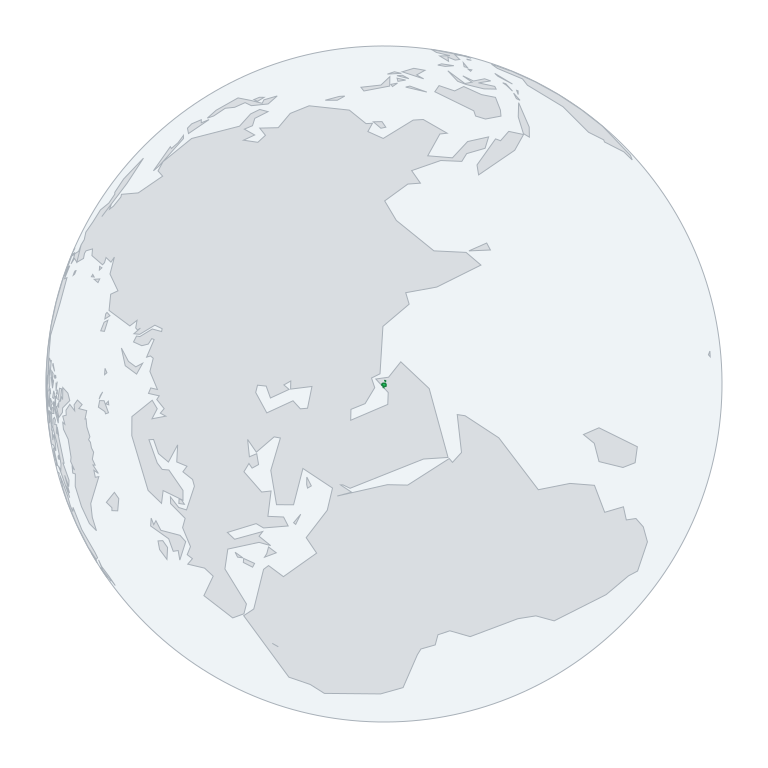 globe centered on Dubay, rotated 274°
{"feature_id": "ARE-350", "entity_name": "Dubay", "entity_type": "Emirate", "adm_level": 1, "iso_a3": "ARE", "parent_name": "United Arab Emirates", "parent_adm1": "", "projection": "orthographic", "projection_center": [55.527, 24.951], "detail": "coarse", "context": "on_globe", "style": "filled", "palette": "green", "viewbox_px": 768, "rotation_deg": 274, "n_neighbors": 0, "source": "natural_earth", "source_scale": "10m", "svg_char_len": 10960}
<svg xmlns="http://www.w3.org/2000/svg" viewBox="0 0 768 768"><g transform="rotate(274 384 384)"><circle cx="384" cy="384" r="338" fill="#eef3f6" stroke="#a8b0b8"/><path d="M489.2,62.9L488.2,62.5L492.9,64.3L488.4,63.1L472.4,58.4L469.2,57.9L478.6,60.8L480.1,62.3L466.7,57.9L467.9,60.3L441.4,55.1L409.4,48.0L391.2,47.7L349.1,48.4L349.5,48.8L333.7,50.7L328.3,52.3L322.1,52.9L323.2,53.8L330.0,53.1L332.7,53.4L330.2,54.6L321.7,55.2L321.8,54.7L317.9,55.6L314.8,55.6L314.9,56.3L305.0,57.5L310.9,58.2L299.8,60.8L294.2,61.3L299.9,58.7L301.1,56.4L324.4,51.4L348.0,48.0L371.7,46.3L395.6,46.3L419.4,47.9L443.0,51.3L466.3,56.3L489.2,62.9ZM246.0,75.5L245.7,75.7L258.2,70.6L259.6,70.4L270.4,67.0L263.1,70.5L250.3,76.2L240.9,79.5L235.0,82.5L239.3,82.4L217.6,92.7L195.7,107.5L190.7,110.4L189.0,109.1L200.5,100.3L200.0,100.6L222.5,87.2L246.0,75.5ZM194.9,103.9L194.0,104.6L185.6,110.5L194.9,103.9ZM176.9,117.0L174.5,118.9L177.0,117.2L171.5,121.5L172.3,120.6L176.9,117.0ZM494.3,64.7L497.3,65.7L498.4,66.3L494.3,64.7ZM273.6,65.4L272.0,66.2L270.8,66.4L273.6,65.4ZM279.8,63.4L279.6,63.1L282.5,62.2L282.6,62.4L279.8,63.4ZM492.7,65.3L493.6,66.4L489.9,64.4L492.7,65.3ZM279.4,64.2L287.7,60.6L292.9,59.2L297.4,58.9L279.4,64.2ZM492.4,66.5L495.0,70.1L501.8,72.2L484.0,69.1L487.7,66.5L482.0,63.4L488.5,65.7L492.4,66.5ZM333.2,52.4L325.9,53.2L334.4,51.6L333.2,52.4ZM338.0,51.4L360.1,47.7L369.6,47.7L360.3,48.6L374.6,48.4L368.3,50.1L359.1,50.6L354.2,50.1L355.6,51.3L338.0,51.4ZM473.7,67.2L472.0,67.7L470.8,66.4L473.7,67.2ZM334.5,53.5L338.1,52.4L346.6,52.3L341.0,54.4L340.0,53.7L334.5,53.5ZM381.3,47.9L386.7,48.5L383.1,49.9L384.7,50.5L369.0,50.2L381.3,47.9ZM336.8,54.3L337.9,55.5L331.5,56.8L331.5,54.6L336.8,54.3ZM351.2,51.5L355.0,51.6L351.1,52.1L351.2,51.5ZM309.6,63.2L313.7,61.4L318.5,61.0L309.6,63.2ZM338.7,55.9L340.9,55.5L343.2,55.3L342.6,56.5L338.7,55.9ZM367.6,51.5L365.0,52.2L373.8,51.6L371.5,53.2L361.5,52.9L364.9,53.7L364.2,54.2L356.7,53.6L367.6,51.5ZM349.1,57.2L335.5,58.3L326.8,61.5L322.2,61.8L337.1,56.7L349.1,57.2ZM354.2,55.0L350.0,56.4L346.5,55.7L347.3,54.4L354.2,55.0ZM373.6,54.5L379.7,52.2L381.7,52.4L373.6,54.5ZM347.2,58.2L350.5,58.0L347.0,58.5L347.2,58.2ZM366.3,55.6L368.2,54.6L370.4,54.9L366.3,55.6ZM355.6,58.6L351.2,58.8L351.5,57.8L355.6,58.6ZM361.0,57.3L363.6,57.9L354.3,57.3L361.5,56.8L361.0,57.3ZM368.0,56.0L370.0,55.8L366.9,56.4L368.0,56.0ZM356.7,62.8L344.9,62.3L345.7,59.8L357.1,60.6L356.7,62.8ZM74.6,402.2L71.2,346.1L79.1,331.4L84.9,309.6L143.1,260.2L150.5,269.8L190.7,276.8L194.8,281.5L184.8,297.1L210.6,328.6L225.3,317.1L254.1,336.2L276.6,339.9L294.1,309.0L257.2,302.2L256.1,285.2L289.9,277.1L322.9,284.4L323.6,278.1L307.1,261.4L319.2,251.8L302.0,254.8L305.6,261.9L294.9,264.5L290.9,258.3L295.3,254.8L286.7,250.4L267.7,269.5L269.4,278.8L243.9,277.4L244.3,293.1L235.7,298.3L232.0,273.9L235.8,266.2L225.0,238.1L218.7,245.8L228.4,273.3L223.4,270.0L214.9,282.2L217.3,270.3L208.4,239.7L188.4,238.2L155.0,262.1L145.0,260.3L140.1,249.4L160.3,219.1L180.4,227.0L187.8,217.9L190.6,200.8L196.4,205.1L200.0,199.6L208.3,202.3L226.7,193.1L236.1,195.0L249.8,179.5L256.5,178.8L246.5,187.8L244.6,195.8L268.8,202.0L275.4,199.7L282.4,189.5L288.2,193.2L291.8,182.7L308.9,182.4L291.1,174.4L298.8,163.9L312.6,158.0L312.0,153.4L289.4,163.3L283.3,168.7L283.2,175.4L263.8,190.9L254.0,191.6L262.3,171.1L249.4,170.4L261.4,156.1L314.9,136.0L333.9,134.8L351.6,153.9L343.5,159.5L333.1,155.0L336.7,168.6L339.3,162.9L344.1,166.4L352.7,158.4L356.5,160.6L358.2,149.7L363.8,151.6L362.7,158.4L380.2,149.6L393.6,152.0L395.7,149.1L394.2,145.3L412.3,151.6L413.1,149.2L407.4,146.1L405.3,139.7L408.5,131.2L414.6,133.8L414.3,137.2L422.7,149.0L420.8,158.5L423.7,158.8L426.7,151.3L416.5,136.8L416.7,131.0L422.8,137.1L420.6,134.4L422.6,132.4L430.3,133.2L424.2,126.4L438.2,104.6L454.5,105.1L458.4,112.1L474.6,103.0L491.8,106.2L486.5,103.1L490.8,97.9L485.5,96.7L483.3,94.9L491.7,83.7L498.4,83.8L496.1,77.5L493.4,76.1L488.3,75.5L484.0,69.1L501.8,72.2L507.0,74.9L514.7,76.0L525.5,82.4L537.9,89.0L545.3,96.9L554.5,102.2L556.5,102.1L570.4,110.0L592.5,128.3L566.2,113.6L531.3,90.8L544.8,99.6L539.2,98.0L542.5,101.7L552.2,108.5L554.9,108.9L557.5,125.5L575.9,148.7L580.8,143.7L590.4,148.1L615.5,175.0L631.1,221.9L644.1,232.1L649.2,240.9L647.6,249.3L640.0,236.6L632.5,234.8L628.5,226.9L623.4,237.6L617.4,226.8L616.3,241.3L623.8,248.4L630.6,242.2L632.3,260.6L647.4,271.6L656.3,289.9L654.8,330.3L642.5,347.9L643.3,354.3L634.7,350.3L628.9,366.1L649.3,394.7L650.6,404.7L638.6,429.5L637.3,422.3L614.7,411.7L614.4,436.5L631.7,450.5L637.8,471.1L626.2,468.4L619.6,450.4L611.5,446.1L610.9,425.0L598.8,396.7L586.9,406.3L585.1,393.8L566.7,371.9L548.0,384.9L520.3,424.5L521.0,456.7L509.4,472.4L484.4,429.9L476.6,399.3L465.4,403.5L441.4,378.9L393.9,379.3L389.1,371.1L379.7,375.0L363.1,366.5L356.4,352.8L345.5,353.3L363.9,389.2L375.8,388.8L388.4,375.5L391.1,388.1L407.3,399.2L382.6,429.4L315.2,453.0L311.9,428.6L277.6,357.4L280.5,350.1L280.5,349.3L280.3,347.7L273.8,359.2L269.0,345.2L283.8,394.4L284.8,414.7L314.2,454.3L310.6,457.8L321.1,466.1L358.6,459.2L358.0,467.1L338.3,502.3L289.3,545.3L297.8,576.5L297.6,601.0L271.4,613.1L278.2,631.4L265.3,635.2L267.4,644.7L259.6,652.6L244.9,657.8L215.1,650.0L209.7,641.3L189.4,620.3L159.6,570.3L163.3,551.7L159.2,533.9L138.0,487.6L142.4,466.9L137.6,455.3L127.3,453.3L122.2,439.3L116.3,436.2L82.5,424.2L74.6,402.2ZM117.5,290.6L114.6,296.7L114.5,296.8L117.5,290.6ZM354.5,309.4L376.5,312.3L372.4,291.2L380.5,290.8L376.1,284.2L372.0,289.7L362.1,271.7L373.7,266.6L374.0,257.9L366.6,256.6L347.0,269.1L360.9,294.4L353.4,302.3L354.5,309.4ZM181.2,113.7L181.1,113.8L177.5,116.6L177.4,116.6L179.3,115.1L181.2,113.7ZM172.8,123.2L164.2,130.0L170.2,124.8L168.3,125.5L178.6,116.4L188.7,111.5L182.3,115.0L172.8,123.2ZM195.2,104.0L187.5,109.6L195.5,103.7L195.2,104.0ZM211.7,169.5L212.3,174.2L205.8,179.5L193.9,179.7L203.2,171.7L211.7,169.5ZM214.6,180.0L226.1,161.1L234.0,161.1L227.6,164.1L231.7,166.0L222.5,171.6L218.8,191.1L212.9,197.2L194.1,192.6L203.5,190.3L202.4,185.4L214.6,180.0ZM241.6,121.2L246.6,115.3L257.1,122.6L251.2,127.4L238.9,127.2L238.7,121.4L241.6,121.2ZM285.8,65.4L287.1,64.3L289.4,63.9L290.3,64.5L285.8,65.4ZM311.1,62.4L282.7,70.4L282.7,69.3L266.1,76.5L259.6,76.7L270.6,71.8L253.2,78.0L260.5,73.7L248.7,78.4L273.9,67.6L279.8,64.7L275.7,67.6L281.4,67.4L285.7,66.4L302.2,61.9L317.7,56.6L325.9,56.3L327.6,57.5L325.1,58.7L320.6,58.4L320.5,60.3L312.1,60.8L311.1,62.4ZM342.4,84.3L338.2,81.3L336.7,89.3L328.2,88.2L328.5,89.2L320.3,90.6L310.9,94.3L307.8,93.2L305.4,95.2L299.9,96.6L295.7,99.1L288.7,98.3L282.9,101.5L282.9,99.3L274.9,105.3L277.7,100.6L270.8,102.5L271.7,106.0L244.3,99.8L230.6,102.3L217.6,107.4L224.2,99.9L240.6,90.8L260.5,83.1L272.7,82.4L273.5,79.7L279.6,78.7L276.5,81.3L284.9,76.8L289.1,76.9L306.9,72.8L316.5,67.4L323.3,66.2L321.6,68.4L329.5,65.8L330.8,69.2L335.7,68.6L341.8,72.0L335.7,77.3L341.6,76.3L346.6,79.3L342.4,84.3ZM358.1,63.8L352.8,69.3L345.5,71.7L337.8,65.1L333.2,65.2L328.0,62.0L338.7,58.8L339.2,59.9L342.2,60.3L337.6,61.1L343.5,60.8L344.4,62.5L349.1,62.9L346.1,64.5L358.1,63.8ZM202.9,276.9L206.6,278.9L213.4,280.2L208.1,288.3L202.9,276.9ZM196.2,256.1L200.2,256.2L196.0,267.4L192.1,265.7L196.2,256.1ZM205.8,247.2L200.7,255.4L201.1,250.0L205.8,247.2ZM250.5,187.7L255.1,187.6L254.2,190.2L250.1,193.3L250.5,187.7ZM336.1,111.2L334.8,108.3L337.0,107.5L341.0,100.7L347.6,101.5L347.8,105.9L336.1,111.2ZM285.8,313.5L277.3,318.6L274.8,315.0L278.2,313.9L285.8,313.5ZM239.3,303.5L248.3,310.0L237.8,305.7L239.3,303.5ZM344.0,110.9L344.8,107.9L347.6,110.2L344.0,110.9ZM352.7,101.8L356.5,103.9L348.9,100.8L352.7,101.8ZM435.8,705.6L439.6,706.8L433.9,707.5L435.8,705.6ZM355.3,601.5L339.1,641.1L323.0,640.0L317.4,628.2L321.6,603.9L339.5,597.9L347.5,586.5L355.3,601.5ZM682.1,497.7L686.2,495.8L685.8,497.3L682.1,497.7ZM677.9,496.2L683.2,493.0L676.5,499.9L677.9,496.2ZM685.1,491.8L690.5,485.3L692.8,481.4L692.0,484.6L685.1,491.8ZM674.0,498.7L650.5,510.9L640.4,511.8L643.5,505.6L659.8,499.3L674.0,498.7ZM642.6,505.8L626.3,498.1L599.2,463.8L609.0,461.5L636.3,478.2L634.8,483.3L644.7,490.8L642.6,505.8ZM679.5,461.0L677.7,475.2L665.4,481.0L659.4,482.0L655.4,466.7L657.7,456.7L662.8,454.5L679.1,414.3L685.5,418.1L681.3,434.0L686.3,442.8L679.5,461.0ZM522.7,459.4L531.8,476.6L525.1,480.8L522.7,459.4ZM683.0,389.0L678.2,406.4L681.7,384.9L683.0,389.0ZM683.4,370.0L685.1,376.5L681.3,371.7L683.4,370.0ZM645.6,363.7L640.3,367.9L638.9,363.1L644.8,355.1L645.6,363.7ZM663.0,305.6L667.8,319.5L668.5,324.8L663.8,317.6L663.0,305.6ZM401.6,119.5L388.7,127.5L383.8,135.2L387.9,141.8L376.6,136.5L384.2,124.6L401.6,119.5ZM433.0,105.9L429.4,101.0L434.5,101.5L436.1,102.7L433.0,105.9ZM428.3,104.1L417.0,101.4L417.3,97.7L426.1,100.5L428.3,104.1ZM380.2,104.6L375.9,106.8L373.8,104.6L380.2,104.6ZM656.4,584.0L629.3,613.9L624.8,616.0L632.3,607.1L640.8,587.1L642.9,586.1L649.4,570.5L673.1,543.2L692.1,506.2L698.0,500.9L706.8,475.0L710.6,468.9L705.4,487.3L705.3,488.6L696.0,513.8L684.7,538.2L671.4,561.7L656.4,584.0ZM692.2,491.2L698.9,476.2L701.6,472.8L692.2,491.2ZM716.8,442.8L715.1,448.2L716.8,439.9L717.5,431.6L713.0,436.9L712.1,432.4L714.5,425.0L710.4,425.9L715.1,416.7L716.1,426.9L718.4,413.2L720.5,409.1L721.1,407.4L716.8,442.8ZM713.3,444.8L714.0,443.7L713.0,448.6L713.3,444.8ZM703.9,446.0L703.5,449.7L702.0,448.6L703.9,446.0ZM706.1,441.8L710.1,440.7L705.5,445.2L706.1,441.8ZM689.4,443.7L691.2,450.8L696.9,441.1L692.5,452.2L695.5,463.1L693.8,469.3L691.0,457.2L688.6,473.7L686.0,475.3L685.4,463.1L688.5,445.0L691.1,436.4L700.9,425.8L689.4,443.7ZM706.4,431.5L705.1,422.9L705.9,415.4L707.4,419.2L706.4,431.5ZM699.8,403.0L694.6,395.0L691.2,402.3L696.7,380.4L701.0,391.7L699.8,403.0ZM693.3,380.8L690.3,387.5L692.5,375.4L693.3,380.8ZM688.7,384.4L686.9,376.8L690.0,375.7L688.7,384.4ZM695.1,379.7L693.4,365.8L696.2,372.6L695.1,379.7ZM682.0,360.1L691.0,368.4L681.6,368.9L674.9,343.5L678.4,340.3L682.0,360.1ZM661.6,244.4L657.2,238.2L658.6,234.3L661.3,239.7L661.6,244.4ZM659.2,218.4L657.6,231.3L655.5,242.9L659.1,244.4L663.9,257.4L655.3,248.9L652.4,232.3L655.0,225.8L649.6,215.7L648.0,206.4L639.5,195.4L636.9,189.2L645.4,197.5L659.2,218.4ZM635.6,191.1L620.2,171.5L625.5,170.1L630.1,174.0L634.9,183.3L631.8,183.5L635.6,191.1ZM618.0,166.6L614.8,166.8L585.5,144.1L580.6,139.1L605.8,154.3L604.1,155.5L610.4,161.8L618.0,166.6ZM475.6,68.9L472.3,67.8L475.5,68.1L475.6,68.9ZM480.2,94.5L477.8,92.1L481.5,92.1L480.2,94.5ZM473.0,85.8L470.5,87.4L470.6,84.6L473.0,85.8ZM465.2,91.6L468.2,87.6L469.0,93.1L465.2,91.6Z" fill="#d9dde1" stroke="#a8b0b8" stroke-width="1"/><path d="M381.2,383.9L381.5,383.7L381.4,383.6L381.6,383.6L382.0,383.1L382.6,382.4L382.7,382.2L382.8,382.2L382.9,382.4L382.8,382.6L383.0,382.4L382.8,382.0L382.9,381.9L383.2,382.0L383.4,382.0L383.6,381.9L383.7,382.1L384.4,382.5L384.5,382.6L384.7,383.4L384.7,383.5L384.7,384.3L384.7,384.6L384.8,385.1L384.8,385.4L384.6,385.5L384.1,385.8L383.7,386.0L383.4,386.1L382.3,386.1L382.0,386.1L381.9,385.8L381.3,383.9L381.2,383.9ZM387.4,384.7L387.4,385.0L387.2,385.1L387.2,385.3L386.9,385.3L386.9,385.2L387.1,384.8L387.4,384.7Z" fill="#22c55e" stroke="#15803d" stroke-width="1.5"/></g></svg>